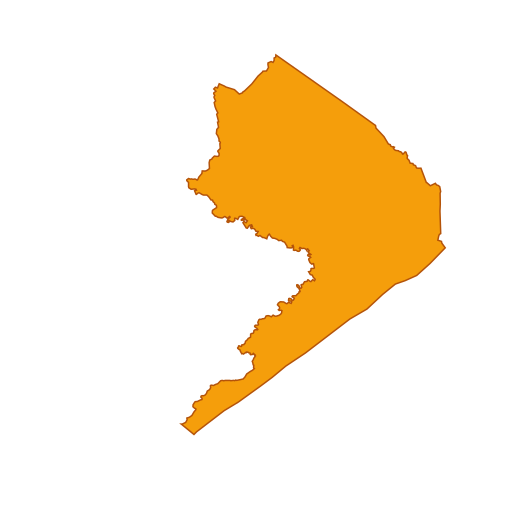 Jomoro, Western, Ghana (Robinson projection), rotated 310°
{"feature_id": "2480657B70421803893954", "entity_name": "Jomoro", "entity_type": "district", "adm_level": 2, "iso_a3": "GHA", "parent_name": "Ghana", "parent_adm1": "Western", "projection": "robinson", "projection_center": [-2.777, 5.196], "detail": "fine", "context": "isolated", "style": "filled", "palette": "amber", "viewbox_px": 512, "rotation_deg": 310, "n_neighbors": 0, "source": "geoboundaries", "source_scale": "gbopen_adm2", "svg_char_len": 6159}
<svg xmlns="http://www.w3.org/2000/svg" viewBox="0 0 512 512"><g transform="rotate(310 256 256)"><path d="M297.4,160.1L293.1,164.1L290.5,163.6L288.5,162.6L286.6,160.1L284.4,161.5L279.8,161.5L276.9,162.3L276.3,162.1L276.0,160.3L275.6,159.6L274.3,158.5L273.5,156.9L272.7,156.3L272.0,154.5L269.8,154.0L269.2,154.6L269.0,157.0L265.8,159.7L265.1,160.7L265.4,163.4L267.9,165.8L268.6,167.1L268.1,168.1L267.1,167.2L266.5,167.0L264.7,170.5L264.8,170.7L267.1,171.2L267.9,171.7L268.5,175.4L269.0,176.7L271.1,179.2L271.0,181.6L270.0,185.5L270.9,186.8L270.0,188.2L270.0,190.0L269.1,191.3L269.4,192.8L269.1,193.5L267.7,194.7L263.4,193.4L262.6,193.5L260.8,194.9L260.3,199.2L260.9,200.0L261.2,202.1L262.9,205.0L263.7,205.8L266.2,206.7L266.4,207.3L266.4,209.3L267.1,210.0L269.3,210.3L269.4,210.7L268.9,211.3L266.6,210.7L263.7,211.6L263.5,212.2L263.9,213.2L264.8,213.5L265.6,212.1L266.0,212.5L266.2,214.5L267.3,216.5L269.6,216.9L271.0,215.5L271.4,215.5L271.9,216.5L272.3,218.5L275.1,217.9L275.9,218.1L277.5,219.8L278.2,222.6L277.3,224.2L277.3,223.0L276.5,222.0L274.8,221.4L274.1,221.5L274.0,221.9L277.3,225.0L277.4,226.8L275.1,227.0L274.7,224.5L273.1,224.6L271.2,230.5L271.7,231.5L275.1,231.2L277.1,232.6L276.3,234.2L275.9,234.0L275.7,233.3L274.6,233.1L273.9,234.7L274.2,235.3L275.1,235.5L275.7,237.3L275.6,238.3L274.9,239.9L276.2,241.9L274.1,242.3L272.5,241.8L271.8,242.8L272.4,243.4L272.6,245.1L274.3,245.9L274.4,249.2L275.2,250.2L276.1,253.2L278.5,252.2L280.8,251.9L281.4,252.2L280.6,254.3L280.3,257.0L281.6,259.1L282.4,261.6L282.4,263.5L284.5,265.5L284.2,266.8L285.0,269.0L283.5,273.4L282.5,274.5L284.0,276.8L285.3,278.2L286.6,278.4L287.2,277.1L288.0,277.5L287.2,278.9L284.6,280.9L284.8,281.6L286.1,282.8L286.4,284.8L286.9,285.6L287.6,286.1L289.0,286.1L289.5,285.5L289.6,284.4L290.7,284.1L291.0,284.6L291.2,286.4L292.4,287.4L293.1,288.7L293.2,290.3L292.8,291.5L294.4,290.8L294.7,291.0L294.2,293.4L293.0,293.1L292.6,293.5L292.3,294.5L292.5,297.1L292.0,297.0L291.3,295.4L290.7,294.9L289.8,295.1L289.5,296.0L290.3,297.6L290.1,298.8L288.1,298.2L287.1,298.7L285.8,301.2L285.6,302.2L285.7,304.1L286.9,304.5L287.1,305.0L284.4,308.4L283.6,308.2L282.2,306.5L281.6,306.3L280.6,307.1L279.2,307.5L277.8,306.4L276.7,309.5L277.5,311.4L276.4,313.9L276.4,315.5L276.0,316.5L274.6,316.7L274.4,314.7L271.7,314.5L271.3,313.7L271.3,311.4L271.0,311.0L269.4,311.4L267.5,309.7L264.3,310.2L263.4,309.2L262.8,309.1L261.4,311.2L260.2,311.2L259.9,310.9L259.8,309.8L260.7,308.3L260.9,307.3L260.5,306.0L260.1,305.8L259.3,306.4L258.8,307.6L258.8,309.7L257.3,312.5L256.9,312.6L256.3,312.0L255.1,312.6L253.7,312.2L251.3,312.1L249.1,309.7L248.7,309.6L248.0,309.8L248.3,312.5L246.4,313.0L245.2,312.5L245.7,311.2L245.7,310.2L245.0,308.8L244.5,308.5L242.9,309.4L242.7,310.0L243.9,311.8L244.0,312.4L243.4,313.1L242.3,313.4L241.5,310.9L241.0,310.6L239.7,310.5L239.0,309.8L238.6,306.8L236.8,304.3L236.3,303.9L234.1,303.4L232.4,303.8L232.1,306.5L231.6,307.3L230.7,307.9L229.2,307.7L229.2,308.8L230.5,310.0L230.8,310.9L228.8,312.2L227.2,312.3L225.2,311.7L222.8,310.1L222.1,309.2L221.7,307.1L219.3,306.8L218.7,304.7L218.1,303.6L216.6,302.3L214.1,302.8L213.3,302.5L212.1,301.3L210.7,300.6L210.0,299.5L209.1,299.2L206.4,300.0L205.1,301.9L204.2,301.9L202.6,300.0L201.4,300.0L201.0,300.6L201.2,303.3L200.8,304.6L200.3,304.5L199.3,303.1L198.4,302.5L197.5,302.4L196.1,303.3L195.0,303.5L193.6,302.3L192.7,302.1L190.3,304.0L187.8,303.0L186.4,303.2L183.9,302.8L181.9,303.8L181.1,303.5L180.4,303.7L178.8,302.3L177.5,303.0L177.1,302.8L176.3,300.7L175.9,300.5L174.9,301.0L173.8,301.0L173.5,301.4L173.5,303.2L173.8,304.0L172.9,305.4L172.0,307.9L172.4,308.0L172.8,309.4L175.5,310.2L175.7,310.6L176.8,310.1L176.1,311.0L176.5,310.8L177.2,311.8L177.2,312.9L177.8,313.6L177.7,314.3L177.0,314.6L176.9,315.3L178.2,316.5L179.3,316.5L179.2,316.9L179.7,316.8L179.6,319.1L179.1,319.0L178.9,319.8L178.3,319.7L177.9,320.0L176.3,320.0L174.8,320.6L172.9,320.8L172.2,322.1L170.8,323.8L170.9,324.5L168.8,326.0L168.7,327.1L166.0,326.7L164.1,325.9L159.7,324.7L156.2,325.3L153.5,325.2L148.7,321.5L148.0,320.8L148.0,320.3L146.8,319.8L146.4,318.9L144.2,316.8L144.0,316.1L140.8,312.3L139.7,311.5L138.9,310.0L137.7,309.1L133.6,308.8L131.5,307.5L129.6,306.8L128.2,304.6L127.2,304.5L126.1,305.8L124.8,306.2L123.4,306.2L121.2,305.5L118.9,306.4L116.7,306.4L115.2,305.6L114.3,304.4L113.2,304.0L112.4,304.6L112.4,305.8L111.8,306.7L111.1,306.8L110.3,306.1L106.9,304.6L105.4,303.1L104.7,303.0L101.6,303.4L100.0,304.6L99.9,306.7L100.3,308.0L99.7,308.7L96.8,308.7L92.6,309.4L89.6,308.6L87.4,307.2L86.3,308.5L83.3,309.1L79.8,307.5L79.2,306.8L79.4,323.2L83.2,323.5L117.0,331.0L132.9,336.4L159.8,343.2L173.4,346.4L190.9,349.6L213.5,356.2L268.1,368.4L286.7,375.1L308.0,377.7L324.1,380.8L333.0,386.1L344.4,391.6L362.1,394.1L383.9,395.7L385.3,390.1L386.4,388.7L385.0,385.1L389.0,383.0L390.4,382.6L391.9,383.1L408.7,368.0L414.1,363.9L422.4,356.7L424.1,356.0L427.2,352.2L427.2,350.4L426.5,348.5L427.0,346.7L421.9,344.4L422.0,339.6L421.8,339.2L429.3,325.9L427.3,323.6L426.7,322.5L426.9,321.7L427.7,320.4L427.6,319.4L427.0,318.0L427.7,316.8L426.2,314.4L427.7,311.7L427.9,309.2L428.5,308.6L430.4,307.5L430.4,306.6L431.7,304.6L431.9,303.9L431.6,303.3L428.7,303.2L428.3,302.7L428.7,301.8L428.9,300.0L428.1,298.5L428.2,297.5L426.6,295.0L426.5,293.6L426.8,292.2L428.3,292.1L428.0,290.9L427.4,290.6L426.8,288.5L427.6,287.3L426.9,285.4L429.7,277.3L431.1,265.7L432.8,263.7L429.7,222.8L422.8,142.0L420.9,143.3L419.3,142.6L417.5,144.2L415.2,144.6L414.7,142.6L411.6,141.1L410.3,142.1L408.4,144.4L404.5,145.1L402.0,142.5L401.2,142.7L395.2,141.9L385.2,142.2L375.0,141.1L373.3,140.5L372.2,140.7L369.3,139.1L369.6,132.6L366.1,124.3L365.9,122.7L364.3,117.1L360.0,118.5L359.2,116.4L357.1,116.3L356.8,116.3L356.5,119.4L354.0,118.8L353.1,119.3L352.5,121.2L350.8,121.6L350.4,122.1L348.8,125.4L346.7,125.3L344.2,128.5L342.8,130.9L341.1,134.8L339.3,134.8L334.8,141.1L333.8,140.5L330.5,144.6L327.8,144.6L324.2,147.0L323.5,149.5L321.9,152.4L320.3,153.8L320.2,155.5L319.7,156.0L318.8,156.1L315.4,159.5L312.1,159.2L311.6,159.5L310.8,161.9L309.4,163.0L308.3,163.1L307.2,162.1L305.8,159.9L302.7,159.6L301.9,159.9L299.8,158.9L297.4,160.1Z" fill="#f59e0b" stroke="#b45309" stroke-width="1.5"/></g></svg>